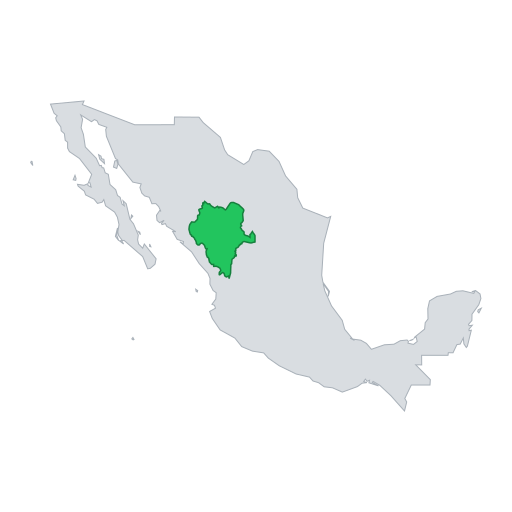 where Durango sits in Mexico
{"feature_id": "MEX-2710", "entity_name": "Durango", "entity_type": "State", "adm_level": 1, "iso_a3": "MEX", "parent_name": "Mexico", "parent_adm1": "", "projection": "natural_earth1", "projection_center": [-104.93, 24.579], "detail": "fine", "context": "in_parent", "style": "filled", "palette": "green", "viewbox_px": 512, "rotation_deg": 0, "n_neighbors": 0, "source": "natural_earth", "source_scale": "10m", "svg_char_len": 9575}
<svg xmlns="http://www.w3.org/2000/svg" viewBox="0 0 512 512"><path d="M50.5,104.1L84.0,101.0L82.4,104.6L134.8,124.8L174.3,124.7L174.5,117.0L199.0,117.2L203.2,122.6L220.4,137.4L224.6,149.9L227.7,154.7L243.8,164.5L248.9,160.8L252.8,151.6L257.6,149.6L269.2,151.2L279.0,161.4L285.6,176.0L296.9,189.3L297.7,197.7L302.8,208.1L327.5,217.9L330.7,216.4L323.7,243.2L321.7,275.3L322.9,282.2L329.5,291.4L328.2,296.4L328.5,291.4L323.1,283.5L324.8,290.8L331.5,305.9L342.2,320.3L344.7,329.3L352.2,338.5L350.1,338.2L354.4,340.4L353.0,339.1L360.8,340.2L366.4,343.4L371.4,349.3L384.4,344.8L394.0,344.2L400.3,340.7L407.1,340.0L408.4,341.3L408.0,343.2L413.5,344.4L417.2,341.5L416.1,336.8L414.3,338.0L414.8,337.0L424.6,329.1L425.2,322.7L428.0,319.0L427.8,308.6L429.5,300.9L437.1,296.4L450.5,294.0L456.3,291.3L462.9,290.8L473.8,293.4L474.7,291.7L471.8,291.7L475.5,290.5L480.0,293.9L480.9,298.5L478.8,304.7L472.0,314.2L471.9,320.5L468.5,324.3L469.1,325.7L472.3,325.2L469.0,329.1L469.1,330.7L471.3,330.2L467.4,346.1L466.3,347.5L463.9,343.9L463.3,338.0L460.2,344.1L456.9,344.6L453.0,352.8L448.3,352.7L448.0,355.3L421.6,355.3L421.7,364.9L415.7,364.8L430.3,379.6L430.0,385.0L411.3,385.0L404.8,398.5L406.7,402.0L404.5,411.0L390.8,395.6L379.8,385.3L373.1,381.4L372.3,382.4L378.5,385.9L368.9,382.8L369.5,380.3L367.0,381.3L365.4,379.1L363.7,381.5L366.9,382.6L362.1,383.2L357.4,386.6L342.3,392.1L332.5,387.8L324.2,386.8L318.6,382.7L313.0,381.0L309.5,377.1L296.1,374.0L279.3,365.8L268.3,358.1L263.7,352.9L252.4,351.1L241.7,346.6L234.9,338.1L220.1,329.9L212.3,318.5L209.6,311.5L215.5,308.2L214.5,305.3L211.9,304.3L215.8,299.0L216.2,292.7L213.1,290.5L209.9,284.2L210.0,278.4L207.9,273.3L199.2,263.6L191.6,251.9L179.9,241.8L183.2,243.7L183.5,241.5L177.2,239.4L172.6,231.4L175.8,231.7L166.7,226.3L165.4,223.6L162.0,224.6L161.4,223.4L164.1,220.3L159.6,222.7L157.0,220.4L156.5,215.2L159.7,210.5L160.9,211.4L158.7,206.6L155.8,203.6L151.9,203.7L149.3,197.3L144.6,195.9L141.8,193.1L139.9,187.5L141.2,183.9L132.8,182.1L118.5,164.2L117.7,159.9L115.5,158.6L106.4,136.3L105.7,129.5L106.8,127.3L98.8,124.4L97.0,120.8L94.4,119.6L91.5,121.7L80.7,114.9L82.6,119.3L81.1,127.7L83.4,134.3L85.3,147.0L96.2,158.2L99.6,165.7L101.3,165.4L102.1,167.7L103.7,167.9L105.2,172.8L108.3,174.3L110.0,184.5L115.7,189.7L117.5,195.5L120.1,197.3L122.0,204.1L124.3,205.8L123.0,200.7L126.2,203.7L129.9,219.3L133.5,223.8L138.3,235.1L137.6,239.8L138.6,244.1L142.7,248.2L144.3,244.0L156.1,258.8L155.0,264.2L150.3,268.3L147.7,268.8L142.7,256.6L124.1,240.4L122.4,240.6L118.6,235.5L117.8,232.1L119.0,224.5L117.4,217.2L114.6,212.1L105.6,205.8L103.8,199.6L102.1,202.2L97.5,203.4L94.1,199.2L85.6,194.9L84.4,191.3L78.1,186.1L77.5,184.3L84.1,185.3L87.9,183.7L87.9,185.4L91.1,187.1L90.0,182.9L88.4,182.7L91.7,174.3L79.5,158.5L69.4,151.6L67.6,148.1L67.6,142.2L65.2,140.3L64.4,133.7L61.2,130.8L60.8,126.9L56.4,120.7L55.7,117.8L57.2,115.8L54.1,113.3L50.5,104.1ZM117.9,164.4L116.7,168.4L113.5,167.1L114.8,161.0L116.8,160.4L117.9,164.4ZM104.5,163.6L99.8,159.2L98.6,154.7L101.0,156.2L101.5,158.7L103.9,159.3L104.5,163.6ZM478.9,312.9L477.7,311.6L478.2,309.8L481.3,308.2L478.9,312.9ZM118.7,240.6L115.4,236.4L117.5,227.9L116.8,235.5L118.7,240.6ZM75.7,180.4L73.2,179.8L75.0,175.3L76.1,178.6L75.7,180.4ZM32.8,165.5L30.7,162.6L31.2,161.3L32.0,161.4L32.8,165.5ZM121.6,240.7L123.6,244.0L119.4,240.8L121.6,240.7ZM197.7,290.6L197.3,292.0L196.2,291.5L195.7,289.2L197.7,290.6ZM139.7,232.1L140.4,234.7L138.2,231.4L139.7,232.1ZM131.5,215.0L132.8,216.2L130.9,218.5L131.5,215.0ZM134.0,339.5L133.1,339.9L131.8,338.9L132.9,337.5L134.0,339.5ZM411.7,340.1L409.4,340.7L413.4,339.2L411.7,340.1ZM150.9,246.8L149.7,246.5L149.6,244.0L150.9,246.8Z" fill="#d9dde1" stroke="#a8b0b8" stroke-width="1"/><path d="M192.2,236.4L191.7,236.2L191.5,235.8L191.4,235.5L191.5,235.3L191.4,235.1L191.3,234.9L191.1,234.7L190.6,234.6L190.4,234.4L190.3,234.2L190.2,233.9L190.1,233.5L190.0,233.2L189.7,232.5L189.6,231.8L189.4,231.1L189.2,230.3L189.0,229.6L189.0,228.8L189.1,227.9L189.2,227.2L189.3,226.4L189.5,225.6L189.7,224.9L190.0,224.2L190.2,223.9L190.5,223.7L190.7,223.4L191.0,222.7L191.3,222.4L191.7,221.9L193.3,222.1L193.6,222.1L193.9,222.2L194.3,222.2L194.5,222.2L194.8,222.0L195.1,221.7L195.4,221.4L195.6,221.2L196.7,220.1L196.9,219.9L197.1,219.7L197.3,219.5L197.4,219.3L197.5,219.0L197.6,217.1L197.6,216.5L197.6,215.9L197.8,215.4L198.3,215.1L198.5,215.1L198.8,215.1L199.0,215.1L199.2,214.9L199.4,214.6L199.5,214.2L199.7,213.5L199.8,212.9L199.7,212.3L199.4,211.7L199.0,210.6L198.9,210.0L198.9,209.6L199.4,209.2L201.9,208.4L202.1,208.3L202.3,208.1L202.4,207.9L202.3,207.6L202.2,207.2L202.1,206.9L201.9,206.2L201.9,205.9L202.2,205.7L202.7,205.3L202.7,205.1L202.8,204.9L202.8,204.5L202.8,204.1L202.8,203.5L202.9,203.1L203.0,202.7L203.3,202.6L203.5,202.7L203.6,203.0L203.8,203.2L203.9,202.9L204.2,202.2L204.4,201.9L204.5,201.8L204.5,201.7L204.7,201.4L204.9,201.6L205.1,201.8L205.6,202.1L206.1,202.6L206.7,203.1L207.2,203.5L207.8,203.9L208.5,203.9L208.9,203.9L209.3,203.8L209.6,203.8L209.8,204.0L210.0,204.4L210.3,204.8L210.5,205.1L210.8,205.4L211.1,205.7L211.4,206.0L214.6,207.9L214.9,207.8L215.3,207.6L216.0,207.2L217.6,206.3L217.8,206.5L218.1,206.9L218.6,207.7L218.9,207.9L219.1,207.7L219.2,207.3L219.4,207.1L219.7,207.1L220.1,207.1L221.6,207.4L222.4,207.7L223.2,208.1L223.9,208.7L224.4,209.2L225.0,209.7L225.5,209.9L226.1,209.4L228.6,205.6L229.1,204.9L229.6,204.1L230.1,203.4L230.7,202.8L231.2,202.6L231.8,202.5L232.9,202.5L233.3,202.5L233.6,202.5L233.9,202.6L234.2,202.8L238.7,204.7L239.4,205.4L240.5,206.5L241.1,207.0L241.7,207.5L242.3,208.1L243.0,208.8L243.6,209.5L243.8,210.4L243.6,211.3L243.3,212.0L243.0,212.8L242.7,213.6L242.7,214.5L242.7,215.4L242.8,216.3L242.9,217.1L242.9,217.6L243.0,218.1L243.0,218.6L243.1,219.4L243.1,219.9L243.2,220.4L243.1,220.9L242.9,221.1L242.7,221.3L242.6,221.5L242.3,222.0L242.1,222.3L242.0,222.5L241.8,222.7L241.7,222.8L241.4,222.9L241.3,223.1L241.1,223.2L240.9,223.4L240.7,223.6L240.7,223.8L240.7,224.2L240.8,224.5L241.0,224.8L241.4,225.1L241.5,225.3L241.6,225.5L241.6,225.8L241.4,225.8L241.2,225.9L241.1,226.0L240.9,226.4L240.7,226.8L240.5,227.2L240.4,227.7L240.5,228.0L240.8,228.4L241.0,228.6L241.3,228.8L241.5,229.1L241.7,229.5L241.8,229.9L242.2,230.4L242.7,230.8L243.3,231.2L243.8,231.6L244.0,232.1L244.1,232.8L244.0,233.5L244.1,234.1L244.5,234.7L245.1,235.1L245.7,235.4L246.3,235.6L246.9,235.7L247.5,235.9L248.1,236.1L248.7,236.4L249.0,236.6L249.3,236.9L249.7,237.2L250.0,237.4L250.0,234.5L250.3,234.4L250.7,234.1L251.2,233.2L252.4,231.5L252.7,232.0L252.9,232.5L253.2,233.0L253.6,233.4L254.4,234.5L254.8,235.2L255.0,235.8L255.0,241.8L255.0,242.0L254.8,242.1L253.8,242.2L253.1,242.4L252.5,242.6L251.9,242.8L251.2,242.9L250.6,242.9L250.0,242.8L249.3,242.7L244.2,241.5L243.7,241.6L243.1,241.9L242.5,242.2L242.1,242.6L242.0,242.9L242.0,243.2L242.0,243.5L241.9,243.7L241.6,243.9L241.3,243.9L240.8,243.9L240.6,243.9L240.4,244.1L240.3,244.3L240.3,244.6L240.2,244.8L239.8,244.9L239.5,245.0L239.3,245.1L239.2,245.3L239.2,245.6L239.0,245.8L238.7,246.3L238.5,246.7L238.2,247.1L237.7,247.4L237.0,247.8L236.4,248.1L235.8,248.4L235.7,248.7L235.8,249.0L235.8,249.4L235.7,249.8L235.8,250.3L235.8,250.8L235.3,251.0L234.9,251.2L235.0,251.6L235.2,251.8L235.5,252.1L235.6,252.4L235.7,252.8L235.6,253.1L235.5,253.3L235.3,253.5L235.2,253.8L235.4,254.2L235.8,254.4L236.1,254.7L236.3,255.1L236.2,255.5L236.1,255.9L235.9,256.2L235.6,256.1L235.3,255.7L235.0,255.6L234.7,255.8L234.5,256.3L234.5,256.6L234.4,257.0L234.4,257.3L234.2,257.5L233.8,257.9L233.4,258.2L232.5,258.8L232.2,259.1L232.0,259.3L232.0,259.5L231.9,260.0L231.7,262.6L231.7,263.3L231.6,263.8L231.5,264.0L231.2,264.2L231.0,264.3L230.9,264.5L230.8,264.9L230.8,266.8L230.7,268.6L230.6,272.3L230.6,273.0L230.4,273.7L230.2,274.4L230.0,275.1L229.1,278.6L229.0,277.9L228.9,277.2L228.8,275.9L226.7,276.9L226.3,276.9L225.9,276.7L225.1,276.2L224.8,275.8L224.6,275.3L224.4,274.7L224.3,273.9L224.2,273.7L224.0,273.3L223.7,273.1L223.2,272.8L222.8,272.5L222.5,272.5L220.8,273.9L220.5,274.2L220.1,274.5L219.7,274.8L219.3,274.7L219.2,274.4L219.2,273.9L219.3,272.5L219.4,272.2L219.6,272.0L219.8,271.7L220.4,271.1L220.7,270.7L220.8,270.5L220.2,268.7L220.0,268.4L219.9,268.2L219.7,268.0L219.4,267.8L218.7,267.4L218.1,267.0L217.4,266.7L216.7,266.4L216.0,266.3L215.2,266.3L214.4,266.4L213.7,266.4L213.6,264.4L213.1,264.5L212.5,264.5L211.9,264.5L211.4,264.2L211.2,263.9L210.9,263.6L210.7,263.4L210.5,263.2L210.4,263.1L210.3,262.9L210.2,262.6L210.0,262.4L209.8,262.3L209.6,262.1L209.4,261.9L209.4,261.7L209.4,261.3L209.4,261.1L209.3,260.9L209.1,260.7L209.1,260.3L209.2,260.1L209.2,259.9L209.1,259.7L208.9,259.5L208.9,259.3L209.0,259.2L208.9,258.6L208.6,258.3L208.4,257.9L208.3,257.5L208.1,257.5L207.9,257.5L207.7,257.4L207.2,257.0L207.1,256.7L207.0,256.3L206.9,255.9L206.8,255.6L206.7,255.3L206.5,255.1L206.4,254.8L206.3,253.6L206.1,252.2L206.1,251.6L206.2,250.9L206.4,250.4L206.6,249.9L206.8,249.4L207.0,248.8L206.6,248.9L206.3,249.0L206.0,248.9L205.7,248.6L205.5,248.2L205.3,247.8L205.0,246.9L204.7,245.9L204.5,245.4L204.2,245.0L202.8,243.6L202.7,243.5L202.5,243.4L202.4,243.3L202.2,243.2L201.6,243.1L201.1,243.2L200.6,243.5L200.1,243.9L199.9,244.1L199.8,244.4L199.6,244.6L199.5,244.8L199.2,244.9L199.0,245.0L198.8,245.0L198.5,245.0L198.2,245.0L197.8,244.9L197.5,244.6L197.2,244.4L197.0,244.1L196.5,243.6L196.4,243.4L196.3,243.1L196.3,242.8L196.3,242.6L196.3,242.2L196.2,241.9L196.1,241.7L195.8,240.9L195.7,240.7L195.5,240.2L195.4,240.0L195.0,239.6L194.7,239.1L194.5,238.4L194.2,237.9L193.8,237.5L193.5,237.4L193.3,237.2L193.2,236.9L193.0,236.6L192.8,236.4L192.7,236.4L192.2,236.4Z" fill="#22c55e" stroke="#15803d" stroke-width="1.5"/></svg>